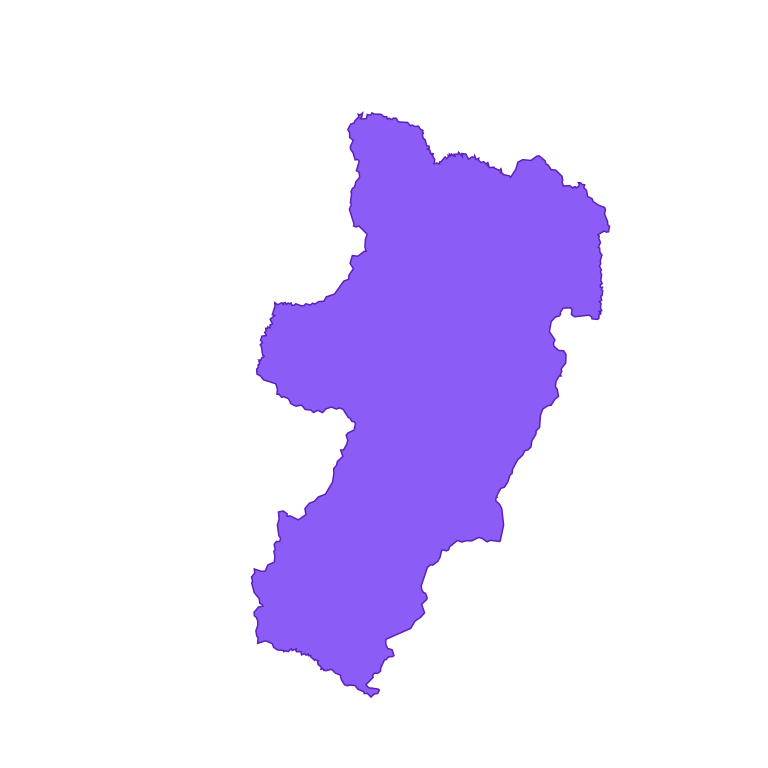 Omkoi, Chiang Mai, Thailand (Albers equal-area conic projection), rotated 39°
{"feature_id": "78962969B68352553726787", "entity_name": "Omkoi", "entity_type": "district", "adm_level": 2, "iso_a3": "THA", "parent_name": "Thailand", "parent_adm1": "Chiang Mai", "projection": "albers", "projection_center": [98.302, 17.645], "detail": "fine", "context": "isolated", "style": "filled", "palette": "violet", "viewbox_px": 768, "rotation_deg": 39, "n_neighbors": 0, "source": "geoboundaries", "source_scale": "gbopen_adm2", "svg_char_len": 6170}
<svg xmlns="http://www.w3.org/2000/svg" viewBox="0 0 768 768"><g transform="rotate(39 384 384)"><path d="M509.3,199.4L509.7,197.8L507.5,194.8L508.2,193.5L505.7,192.2L507.4,192.0L506.3,190.9L507.0,190.0L504.6,189.0L502.0,184.8L499.3,184.5L500.6,182.2L497.2,179.2L497.8,178.0L495.3,173.9L493.5,173.7L493.0,171.4L491.3,172.6L489.9,171.1L490.4,168.7L487.3,167.2L484.4,162.1L481.8,160.9L481.2,158.6L477.1,156.7L476.8,154.3L474.4,151.9L472.2,146.6L468.9,145.7L466.0,142.6L464.6,143.0L463.2,137.8L459.3,135.7L458.1,133.5L456.2,133.4L459.0,126.3L461.2,126.1L462.7,124.4L460.0,119.5L457.4,119.4L455.8,117.2L448.4,113.1L446.4,109.1L444.5,108.0L438.3,110.0L431.8,110.6L429.0,109.0L424.3,110.2L419.6,106.1L415.7,105.6L414.5,102.9L412.3,104.3L410.0,103.9L408.4,105.3L410.0,105.7L410.9,107.8L409.9,110.6L408.7,110.2L407.4,111.7L407.5,112.9L403.5,112.9L398.8,117.2L395.0,114.8L394.9,113.5L391.6,110.5L382.9,109.7L379.0,112.2L373.4,110.5L371.5,111.1L368.6,109.1L360.9,109.1L359.5,110.6L357.5,117.8L350.6,122.4L348.5,127.3L351.4,134.4L352.3,143.6L350.5,143.3L345.1,146.2L343.6,145.5L341.5,146.5L341.5,144.6L339.4,143.1L339.4,146.2L339.0,145.4L333.6,146.9L333.1,146.2L329.6,149.6L327.7,148.3L327.0,148.9L327.1,147.7L325.3,146.5L324.6,149.0L321.6,148.5L319.9,150.9L316.7,150.6L315.6,148.9L314.4,151.6L310.8,149.5L311.5,151.4L309.5,152.0L308.3,156.0L302.8,153.8L299.5,155.9L301.8,158.0L296.2,157.0L296.8,158.8L293.9,161.4L295.8,162.1L295.3,163.1L292.0,162.8L292.3,163.8L290.3,164.0L291.9,165.3L289.8,165.8L291.2,167.4L290.8,169.5L288.6,169.1L288.4,175.5L287.5,176.4L288.6,178.0L285.9,179.1L284.2,181.4L282.2,177.6L277.0,175.8L277.9,175.2L277.4,174.0L274.6,175.5L273.0,173.6L270.0,174.0L271.0,172.5L269.2,170.8L267.3,172.0L262.1,168.2L260.1,168.4L257.0,166.3L256.8,164.2L255.2,164.0L254.8,162.5L251.7,163.1L248.6,161.9L245.9,164.4L242.8,165.1L242.0,166.7L237.8,165.9L230.1,171.3L226.1,169.8L223.9,171.5L223.7,173.6L220.7,174.2L219.9,176.0L217.9,174.6L215.7,176.3L211.9,176.3L206.5,180.4L204.0,180.8L204.4,183.5L201.4,185.1L203.3,188.8L200.0,192.0L198.6,192.5L198.9,190.9L196.8,186.9L196.1,190.1L194.2,190.7L196.3,192.0L195.7,197.4L196.5,199.9L194.6,203.1L195.7,208.9L199.2,210.4L202.1,214.0L206.7,214.0L208.4,220.6L210.3,222.7L214.5,223.8L220.5,228.0L222.4,226.0L224.7,226.7L228.3,235.6L231.4,235.1L235.0,238.7L234.9,244.6L237.1,249.3L236.4,252.1L237.4,255.5L239.1,256.6L243.8,264.3L245.7,264.9L247.1,270.0L260.3,278.7L260.9,280.4L263.8,279.3L264.9,277.0L276.7,278.2L278.5,283.3L282.8,289.3L286.5,292.2L285.1,293.4L283.2,301.2L278.6,304.1L281.6,311.5L287.7,313.7L288.2,321.3L290.6,325.0L288.0,329.3L288.9,345.3L284.3,352.6L285.2,357.4L281.4,361.0L280.1,365.1L277.6,366.2L277.0,369.0L272.7,370.9L272.5,373.4L270.6,375.2L264.9,377.2L264.7,379.2L263.0,380.7L260.7,379.5L260.3,381.0L258.5,381.4L258.2,383.4L256.0,382.8L254.9,384.5L256.5,385.5L253.4,385.2L251.5,389.3L247.9,389.5L250.4,392.3L253.6,400.5L256.0,399.6L254.7,405.3L259.7,407.6L258.2,409.7L260.0,412.1L257.7,412.9L258.4,414.2L257.0,415.2L259.0,417.0L258.8,419.0L262.0,420.4L259.0,423.6L260.6,427.8L263.6,428.3L263.1,431.4L265.2,432.1L271.4,437.8L273.4,437.9L272.5,440.6L273.2,442.8L271.8,444.1L273.0,444.1L272.7,445.2L274.5,446.2L274.2,448.5L275.9,450.3L275.7,452.6L279.0,456.2L283.2,455.5L287.8,456.6L299.8,451.9L304.5,455.2L307.2,459.3L308.8,458.1L312.8,458.8L314.0,457.0L319.1,455.5L323.7,457.8L327.4,457.3L329.6,456.5L333.3,452.3L338.9,453.4L343.4,450.3L347.2,450.5L349.0,446.2L354.2,444.9L354.6,439.8L357.7,434.9L362.6,433.6L364.6,430.5L368.2,429.4L377.2,432.5L379.1,432.0L382.6,433.3L384.8,432.0L386.8,432.8L389.7,438.6L386.8,444.7L386.8,447.6L391.6,450.8L393.2,455.6L394.0,460.6L391.9,462.6L397.6,466.2L396.5,473.5L398.3,477.1L398.2,481.7L401.2,484.8L405.7,492.5L407.8,506.5L404.1,513.0L403.7,519.0L401.0,523.7L401.0,530.6L405.5,534.7L402.9,543.5L394.0,545.6L392.0,547.6L390.3,545.8L385.6,546.1L382.5,549.9L387.5,555.0L389.9,560.7L397.6,567.9L400.8,569.1L402.0,572.0L399.4,574.2L399.6,577.8L403.6,581.0L403.7,583.4L407.4,586.3L410.8,591.4L407.6,597.9L409.5,604.1L406.7,606.7L399.6,609.4L402.5,612.2L402.5,617.4L406.1,620.1L406.3,621.9L414.5,627.8L422.0,629.3L425.6,632.7L428.0,632.0L429.7,632.9L426.8,636.3L426.7,643.2L429.1,645.7L431.9,645.8L434.8,647.5L437.8,650.9L439.8,656.5L443.8,660.0L445.9,660.4L449.0,665.1L453.5,658.2L460.6,656.1L463.9,658.1L468.4,657.8L473.3,654.5L474.6,655.1L475.3,653.4L478.1,652.2L478.3,648.3L480.4,648.9L482.5,645.1L483.1,646.6L484.7,647.0L487.9,644.3L490.4,646.4L491.8,643.5L494.1,643.8L495.1,641.6L496.3,642.6L497.9,641.3L498.5,642.2L504.1,642.4L504.1,641.3L507.1,640.5L507.2,641.8L509.3,643.5L513.7,643.5L514.5,645.5L516.4,643.6L517.5,644.4L519.4,643.3L522.8,638.7L528.0,639.3L533.2,637.7L536.9,640.6L542.6,642.5L545.4,641.6L546.8,639.4L551.3,636.6L555.8,637.7L561.8,635.9L563.5,637.0L565.9,634.9L570.9,635.5L571.6,630.8L573.8,628.6L573.1,624.8L571.3,624.8L563.2,629.7L559.2,629.0L560.2,618.8L558.7,618.0L558.4,614.7L561.2,612.9L562.0,609.3L560.2,606.8L558.0,598.1L559.1,596.9L559.4,593.1L562.5,590.1L562.5,588.6L557.5,585.4L553.3,587.2L549.4,585.3L546.1,581.3L558.6,557.0L557.3,548.8L559.3,542.0L559.6,536.4L551.9,531.5L552.8,524.7L552.1,523.0L548.1,520.6L546.1,521.2L542.8,520.2L540.0,517.5L533.1,499.1L534.2,494.7L535.9,494.1L537.4,488.0L536.6,483.4L533.6,477.2L534.7,475.2L537.4,474.6L538.6,472.0L537.3,469.6L539.5,459.5L544.0,457.8L546.5,454.1L550.9,450.7L554.1,443.8L557.3,442.2L563.4,441.8L565.2,438.4L573.0,433.6L573.0,432.6L565.7,418.3L553.9,406.7L549.6,404.8L544.1,404.3L542.8,402.1L543.2,400.8L542.2,400.5L540.4,391.7L542.5,388.4L541.9,382.4L539.2,375.3L539.9,373.1L537.6,369.4L535.6,359.1L536.5,351.9L535.4,347.1L537.4,344.5L537.8,340.5L534.7,335.1L533.7,327.5L531.7,324.5L532.3,320.0L525.1,309.5L523.2,303.4L525.0,297.8L527.2,295.4L526.4,288.6L527.4,283.8L521.7,278.9L518.9,278.3L516.1,273.8L515.0,267.7L516.6,266.3L514.9,265.5L514.2,262.4L512.2,260.7L512.0,253.3L507.0,246.7L502.7,245.1L498.6,248.0L492.2,247.7L490.1,245.7L489.1,242.2L479.6,239.2L474.7,230.4L475.0,224.2L477.2,221.2L477.5,218.9L475.9,217.2L475.5,212.2L481.5,207.2L483.6,208.3L485.9,212.1L489.8,211.8L500.1,201.4L503.1,201.2L504.6,202.5L509.3,199.4Z" fill="#8b5cf6" stroke="#5b21b6" stroke-width="1.5"/></g></svg>